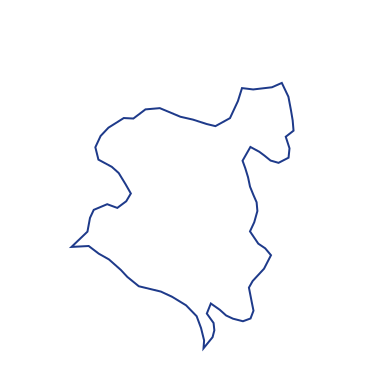 the district of Kampyli, Cyprus, rotated 25°
{"feature_id": "46923920B20752671423120", "entity_name": "Kampyli", "entity_type": "district", "adm_level": 2, "iso_a3": "CYP", "parent_name": "Cyprus", "parent_adm1": "", "projection": "albers", "projection_center": [33.105, 35.307], "detail": "fine", "context": "isolated", "style": "outline", "palette": "blue", "viewbox_px": 384, "rotation_deg": 25, "n_neighbors": 0, "source": "geoboundaries", "source_scale": "gbopen_adm2", "svg_char_len": 1135}
<svg xmlns="http://www.w3.org/2000/svg" viewBox="0 0 384 384"><g transform="rotate(25 192 192)"><path d="M268.5,328.8L272.0,314.9L270.7,307.9L266.9,301.6L256.8,295.9L256.2,285.1L266.9,287.0L275.1,289.5L282.7,289.5L292.8,287.6L298.5,281.9L297.9,273.6L292.8,266.7L284.0,254.6L284.6,247.0L289.7,231.1L290.3,215.9L282.1,212.1L273.9,210.8L261.2,203.2L261.2,193.1L259.3,181.6L254.9,174.0L249.2,169.0L242.3,162.6L236.6,155.0L230.3,148.0L224.6,142.3L225.9,126.5L236.0,127.1L242.3,128.4L249.9,130.3L258.1,129.0L265.0,120.1L261.9,111.2L253.6,102.3L258.1,93.5L253.0,84.6L247.3,76.3L239.1,64.9L227.3,55.2L220.2,63.3L204.1,73.2L193.4,76.7L195.2,90.2L195.2,109.0L185.4,122.4L176.5,124.2L162.2,126.0L149.7,128.7L127.4,129.6L114.9,136.8L107.8,150.2L98.9,153.8L89.1,169.0L85.5,179.8L85.5,192.3L93.5,202.2L108.7,203.1L117.6,205.8L128.3,212.9L137.2,219.2L136.3,228.2L131.0,238.0L120.3,238.9L110.5,249.7L110.5,258.6L114.0,272.1L106.0,292.7L121.2,284.6L133.6,287.3L145.2,288.2L160.4,292.7L169.3,296.3L183.6,299.9L205.9,295.4L218.4,295.4L234.5,297.2L248.7,302.6L257.7,311.5L265.7,321.4L268.5,328.8Z" fill="none" stroke="#1e3a8a" stroke-width="2"/></g></svg>